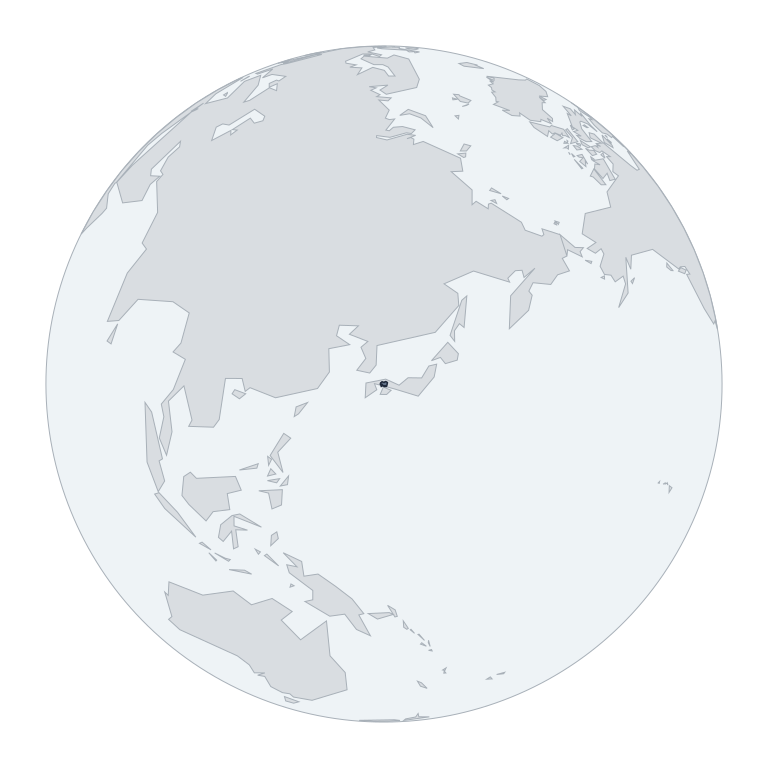 the Earth from above Hiroshima, rotated 27°
{"feature_id": "JPN-1821", "entity_name": "Hiroshima", "entity_type": "Prefecture", "adm_level": 1, "iso_a3": "JPN", "parent_name": "Japan", "parent_adm1": "", "projection": "orthographic", "projection_center": [132.763, 34.576], "detail": "fine", "context": "on_globe", "style": "filled", "palette": "slate", "viewbox_px": 768, "rotation_deg": 27, "n_neighbors": 0, "source": "natural_earth", "source_scale": "10m", "svg_char_len": 13295}
<svg xmlns="http://www.w3.org/2000/svg" viewBox="0 0 768 768"><g transform="rotate(27 384 384)"><circle cx="384" cy="384" r="338" fill="#eef3f6" stroke="#a8b0b8"/><path d="M622.4,586.1L622.2,587.7L621.8,588.1L622.4,586.1ZM650.3,176.0L649.4,175.1L651.9,178.0L656.2,183.8L650.3,177.5L650.5,180.8L635.2,171.5L603.9,148.9L606.6,147.2L598.7,142.7L594.9,145.0L594.3,147.7L562.2,142.1L546.0,156.9L551.8,169.7L541.9,161.3L560.2,192.1L558.4,209.4L553.8,185.1L548.1,179.3L543.6,188.0L536.8,184.0L530.7,186.3L523.1,181.0L520.9,168.3L516.0,164.9L513.0,171.5L503.5,171.0L508.6,161.7L492.4,160.2L485.9,140.7L505.7,123.5L495.5,111.6L498.4,92.1L491.5,90.9L488.3,84.0L479.1,80.4L482.3,78.7L472.3,77.4L471.2,79.8L466.4,80.2L460.9,78.5L464.0,75.7L467.1,76.1L465.2,74.5L469.1,74.0L464.0,73.3L468.4,70.7L456.0,71.0L452.7,67.0L457.8,65.9L467.7,69.1L504.2,77.3L512.4,78.7L514.0,76.8L494.9,65.9L499.6,66.9L498.3,66.0L490.9,63.5L489.3,63.6L475.2,59.7L474.9,61.1L469.1,60.1L464.5,61.1L454.0,58.0L446.2,54.7L449.4,54.0L446.1,52.8L433.9,51.6L431.1,49.5L422.8,48.3L446.8,52.0L470.6,57.4L493.9,64.4L516.6,73.2L538.6,83.5L559.9,95.5L580.2,108.9L599.5,123.7L617.7,139.9L634.7,157.4L650.3,176.0ZM687.2,351.2L684.4,345.1L687.7,345.7L687.2,351.2ZM681.6,343.6L682.8,345.2L681.6,344.3L681.6,343.6ZM680.0,344.5L681.1,343.9L680.1,345.3L680.0,344.5ZM678.1,346.6L679.0,345.1L679.0,345.6L678.1,346.6ZM674.3,347.6L673.2,347.7L673.8,345.7L674.3,347.6ZM595.1,149.8L595.6,145.6L601.5,145.4L601.9,149.2L595.1,149.8ZM582.8,151.4L581.1,147.8L590.0,151.8L588.3,152.6L582.8,151.4ZM557.4,180.3L559.0,175.5L559.8,181.7L557.4,180.3ZM531.3,187.6L532.9,190.4L529.1,190.5L531.3,187.6ZM470.6,62.9L467.7,62.0L470.1,62.3L470.6,62.9ZM471.5,64.4L476.4,65.4L477.5,66.3L474.5,65.7L471.5,64.4ZM513.8,182.7L507.0,182.4L513.5,180.4L513.8,182.7ZM465.2,63.2L478.9,67.8L480.7,69.4L470.7,68.8L465.2,63.2ZM502.9,180.7L486.6,181.0L488.9,186.9L473.1,171.0L492.2,175.6L499.8,172.0L498.6,177.0L502.9,180.7ZM473.2,81.3L474.1,78.7L478.4,82.5L473.2,81.3ZM477.1,83.8L497.0,96.6L492.9,100.2L487.1,94.9L485.8,101.5L473.9,96.8L472.0,92.2L477.0,90.6L468.6,90.2L477.1,83.8ZM466.9,162.7L462.6,161.1L466.7,160.4L466.9,162.7ZM464.8,80.7L469.2,82.7L466.0,85.9L456.5,82.5L460.6,82.5L464.8,80.7ZM491.2,105.7L487.1,107.9L476.4,104.6L473.4,105.1L473.3,97.1L491.2,105.7ZM458.6,80.9L451.9,80.8L448.4,77.9L460.3,79.0L458.6,80.9ZM469.1,88.3L467.1,89.7L465.1,87.7L469.1,88.3ZM432.4,68.7L437.7,70.4L436.5,72.1L432.4,68.7ZM449.6,81.0L450.8,82.0L450.9,83.0L445.9,82.4L449.6,81.0ZM465.7,95.6L462.1,93.9L465.2,98.6L457.3,96.8L458.7,92.0L454.8,93.3L452.4,92.8L456.2,89.5L465.7,95.6ZM441.1,85.1L440.1,79.0L430.5,75.1L431.4,73.3L446.7,80.1L441.1,85.1ZM449.6,87.9L444.5,85.6L448.2,84.3L453.9,85.0L449.6,87.9ZM451.5,97.5L463.2,101.5L462.5,102.5L451.5,97.5ZM437.6,84.1L437.9,85.6L436.5,83.9L437.6,84.1ZM446.4,93.5L450.7,94.7L449.7,95.7L446.4,93.5ZM435.0,87.9L434.7,85.8L438.5,86.1L435.0,87.9ZM439.6,90.7L437.3,91.9L440.1,87.4L441.7,91.0L439.6,90.7ZM444.8,94.3L445.7,95.3L443.2,93.7L444.8,94.3ZM420.4,88.4L423.0,82.8L431.6,83.3L427.9,88.6L420.4,88.4ZM117.0,176.9L116.7,177.3L119.3,174.8L102.4,201.8L97.8,215.1L114.7,200.2L122.3,177.7L134.0,164.9L136.2,174.9L131.1,196.5L135.5,192.3L147.4,172.1L155.1,171.4L152.6,164.9L147.0,171.7L145.3,168.3L150.3,162.0L152.8,161.7L156.8,154.5L143.7,159.0L136.7,166.4L141.9,153.8L130.6,165.3L128.9,165.4L147.2,146.2L152.2,142.4L179.0,118.6L174.2,121.2L148.6,144.3L152.6,139.8L146.0,144.9L154.2,137.5L183.4,113.0L194.0,104.6L193.9,104.6L212.9,92.6L215.1,91.4L232.9,81.9L224.4,86.5L228.9,84.5L221.6,89.1L224.2,90.5L218.7,95.5L232.3,91.8L231.3,94.2L223.6,95.4L215.3,99.5L203.2,113.9L204.5,115.4L214.3,112.3L209.7,117.2L220.8,112.4L219.9,120.4L230.2,107.0L241.9,104.4L248.3,107.5L254.0,104.6L243.7,99.7L237.9,100.0L230.0,104.0L215.9,104.7L217.4,100.9L239.1,92.1L243.5,86.3L258.5,83.2L277.1,96.4L278.5,105.0L254.5,124.8L247.0,123.9L251.8,115.9L235.8,125.8L242.6,123.7L238.9,128.3L249.1,128.0L247.0,131.3L260.5,125.8L259.0,129.9L250.4,133.3L264.3,137.6L264.5,146.5L268.7,146.0L273.2,143.0L270.4,156.9L273.7,156.0L275.8,151.0L283.6,146.2L296.3,143.4L294.7,148.4L289.9,150.0L277.3,161.5L264.7,166.0L265.4,167.8L275.9,165.2L291.2,151.0L299.3,148.1L293.1,155.0L296.0,152.2L299.5,152.3L301.5,157.3L308.8,150.1L349.7,148.1L357.6,158.6L347.5,164.3L374.4,171.1L381.1,184.3L383.1,179.4L397.3,180.6L395.4,176.3L397.4,174.2L433.0,177.5L440.0,182.9L457.6,180.6L458.6,178.3L454.3,174.0L473.1,171.0L488.9,186.9L485.8,191.1L497.9,199.0L489.1,207.9L487.4,219.6L470.8,226.1L470.9,235.5L475.7,237.6L479.4,252.7L470.6,277.9L456.8,247.9L465.9,212.3L460.4,225.5L455.4,220.0L449.6,223.4L446.3,233.5L449.7,236.2L412.5,242.7L392.0,267.5L408.6,269.7L415.0,280.1L406.2,314.7L360.3,352.9L368.4,370.7L366.3,380.7L353.5,384.1L356.2,369.5L346.8,361.7L350.3,353.4L330.6,355.4L334.8,343.8L317.5,351.9L319.8,362.6L335.6,364.5L318.8,377.6L329.9,398.1L326.8,418.2L293.6,445.5L266.3,448.1L263.7,453.6L255.1,443.5L240.2,451.0L253.3,490.5L251.7,499.9L229.2,510.4L229.3,503.3L206.6,476.5L199.7,497.1L216.8,522.8L222.6,546.2L208.3,534.1L202.7,513.1L194.7,503.0L198.8,484.6L195.8,452.2L181.5,451.2L184.5,439.7L178.2,409.1L158.6,406.5L126.4,420.2L118.9,447.8L109.1,453.8L104.9,401.7L111.1,371.6L104.5,368.2L104.4,333.9L89.5,306.8L91.9,297.6L88.1,295.5L88.7,279.8L94.2,265.5L92.5,260.1L79.2,298.2L81.5,304.4L89.8,300.7L85.1,312.3L85.1,330.4L68.9,341.3L54.3,325.5L60.5,303.3L88.8,229.2L92.2,224.9L92.6,224.2L93.5,222.9L88.2,228.8L95.7,215.7L72.3,261.5L65.1,278.5L54.0,326.1L53.1,327.3L51.9,339.7L57.0,353.3L55.4,359.8L48.3,380.1L46.1,388.0L46.7,362.8L49.3,337.8L53.6,312.9L59.9,288.5L67.9,264.6L77.7,241.4L89.1,218.9L102.3,197.4L117.0,176.9ZM117.9,231.3L119.9,245.3L132.5,227.5L134.3,231.7L137.9,224.4L133.4,226.2L144.2,207.8L150.0,210.5L156.6,204.4L156.2,199.5L144.0,197.9L128.4,223.6L122.2,225.5L117.9,231.3ZM260.7,71.3L254.0,74.1L250.5,74.8L257.5,70.9L262.6,69.6L260.7,71.3ZM245.2,78.2L264.9,72.0L261.3,74.9L260.0,74.2L255.6,76.7L252.4,76.4L229.8,86.3L225.3,87.7L240.7,78.3L238.1,80.2L244.8,77.0L245.2,78.2ZM321.2,58.3L329.7,57.7L311.0,64.5L305.3,64.4L311.9,59.9L322.5,57.4L321.2,58.3ZM444.8,62.1L449.3,62.9L448.4,63.5L444.0,63.3L444.8,62.1ZM435.0,69.3L424.5,59.8L429.1,60.0L417.5,55.2L425.0,54.2L432.3,57.1L429.3,53.3L438.9,55.6L435.6,53.1L451.0,59.8L459.4,62.4L447.1,59.8L440.0,60.5L439.5,61.6L444.3,66.9L459.0,73.7L454.3,76.2L447.0,76.3L442.8,75.0L447.2,73.6L438.3,73.0L441.5,70.0L435.0,69.3ZM365.0,86.3L371.9,83.2L354.6,85.2L357.7,80.7L355.5,81.3L353.5,77.9L347.4,75.1L350.3,73.3L346.6,73.0L345.3,71.1L341.3,70.3L345.0,67.0L340.4,65.9L344.8,65.1L335.9,64.1L344.2,63.5L343.3,61.6L335.7,63.2L365.9,51.9L372.1,49.0L372.7,47.4L386.9,47.6L395.5,49.8L399.4,53.7L391.4,57.0L399.3,56.9L397.8,58.7L392.1,58.0L399.9,60.2L397.2,61.6L400.6,67.6L413.5,70.9L415.1,73.6L408.7,73.0L414.8,76.1L403.7,77.0L404.6,79.1L394.6,82.6L381.7,80.9L383.6,83.5L376.1,86.7L365.0,86.3ZM417.3,89.2L401.2,87.3L394.9,84.3L415.0,79.7L415.7,77.7L428.4,75.5L437.2,80.3L432.7,80.4L430.5,81.6L428.6,79.6L428.4,82.2L422.3,82.6L420.5,84.8L415.8,83.5L417.3,89.2ZM154.2,136.4L151.3,139.3L148.0,142.9L143.8,146.6L154.2,136.4ZM168.1,124.0L173.9,119.4L172.1,121.0L164.5,127.1L167.2,124.8L168.1,124.0ZM177.6,117.1L172.6,120.6L177.2,117.1L177.6,117.1ZM222.6,97.0L221.5,98.9L218.8,100.1L216.5,100.3L222.6,97.0ZM314.5,94.2L319.4,92.2L320.7,92.9L332.7,91.9L331.4,95.5L323.7,97.6L314.5,94.2ZM112.3,199.6L109.8,199.3L112.2,195.4L112.5,196.2L112.3,199.6ZM124.6,170.8L118.7,179.5L123.6,171.7L124.6,170.8ZM315.1,98.0L320.2,97.0L316.4,99.5L315.1,98.0ZM331.1,98.3L327.7,101.2L332.7,95.9L331.1,98.3ZM304.5,613.9L314.9,616.9L314.6,618.0L304.5,613.9ZM293.7,607.5L305.2,610.3L291.9,609.7L293.7,607.5ZM309.8,611.4L321.6,611.3L326.7,610.2L326.0,612.5L309.8,611.4ZM285.9,605.9L245.2,594.5L229.6,586.2L232.9,583.0L258.2,592.0L285.9,605.9ZM231.7,582.4L208.3,561.1L179.4,508.9L189.7,514.5L220.6,551.3L218.5,554.6L232.6,570.0L231.7,582.4ZM289.7,575.3L287.6,586.8L264.8,579.9L254.6,575.1L247.6,557.4L251.5,550.5L259.7,553.2L293.6,533.8L305.0,543.4L294.1,552.8L303.6,565.9L289.7,575.3ZM119.4,451.3L122.6,472.2L117.7,471.4L119.4,451.3ZM308.9,516.7L294.2,526.3L308.1,512.1L308.9,516.7ZM318.0,502.1L318.1,508.8L313.2,501.3L318.0,502.1ZM261.9,462.8L253.1,461.7L253.6,456.8L265.2,455.5L261.9,462.8ZM324.3,435.2L321.4,449.4L318.8,453.8L316.1,444.3L324.3,435.2ZM311.4,133.3L296.0,130.2L284.1,131.6L276.1,137.5L280.9,128.3L299.2,126.1L311.4,133.3ZM345.2,145.5L352.1,141.1L353.6,144.5L352.2,146.0L345.2,145.5ZM346.2,141.7L346.4,133.8L353.2,132.4L351.7,138.9L346.2,141.7ZM330.0,114.1L325.6,112.8L328.8,110.6L330.0,114.1ZM545.8,678.4L551.0,676.5L541.7,682.2L528.3,689.2L514.5,695.0L545.8,678.4ZM440.3,711.0L437.2,707.7L452.4,705.8L448.4,709.4L440.3,711.0ZM555.3,672.6L563.4,666.3L564.0,662.1L566.1,664.7L575.5,660.0L554.4,674.7L555.3,672.6ZM376.8,692.8L313.6,695.6L298.9,691.5L300.6,687.5L283.1,668.9L287.7,670.3L282.2,657.9L318.4,654.4L343.6,636.9L366.1,640.9L381.7,625.9L405.5,628.4L399.6,641.0L425.8,649.8L440.3,621.2L459.3,650.7L480.4,658.7L489.9,673.2L463.5,698.5L445.5,704.0L440.7,702.8L433.6,705.1L420.5,705.0L410.5,698.7L403.6,700.8L409.0,695.5L399.6,700.2L391.5,695.4L376.8,692.8ZM548.7,633.6L553.0,633.2L560.6,635.6L553.7,636.7L548.7,633.6ZM611.7,596.7L614.2,597.7L609.5,600.4L611.7,596.7ZM621.8,588.1L616.2,591.7L622.4,586.1L621.8,588.1ZM567.9,612.3L570.3,613.4L568.6,614.5L567.9,612.3ZM566.1,612.2L568.2,608.7L568.3,611.6L566.1,612.2ZM544.6,601.1L546.9,599.0L548.1,600.0L544.6,601.1ZM330.2,619.7L344.3,613.2L352.4,613.5L330.2,619.7ZM540.8,598.4L534.6,599.2L535.1,597.4L540.8,598.4ZM540.9,594.4L540.0,592.1L544.3,596.9L540.9,594.4ZM528.8,591.0L536.5,594.1L528.0,591.7L528.8,591.0ZM524.4,592.3L519.0,591.1L519.4,590.3L524.4,592.3ZM466.4,601.2L486.2,614.5L470.9,615.2L453.5,606.9L441.1,615.5L412.3,613.7L418.5,608.6L414.3,600.3L385.3,595.2L379.4,589.2L389.5,586.4L370.8,580.1L391.2,579.5L399.9,591.6L411.5,583.3L432.4,586.2L453.1,590.0L470.3,597.8L466.4,601.2ZM391.9,604.4L395.5,604.6L392.5,607.7L391.9,604.4ZM508.7,586.3L516.6,590.7L515.7,592.2L512.0,591.8L508.7,586.3ZM474.2,595.7L492.5,585.3L496.9,585.1L484.9,596.4L474.2,595.7ZM487.7,579.6L496.5,580.2L501.3,585.0L499.5,586.6L487.7,579.6ZM350.1,589.7L349.4,592.7L344.2,589.6L350.1,589.7ZM356.8,588.7L372.7,593.9L355.4,591.2L356.8,588.7ZM310.4,570.0L314.8,578.5L328.7,576.2L318.1,581.2L327.9,595.2L324.8,599.2L315.0,584.3L312.2,597.3L306.1,595.8L302.4,583.5L308.3,570.2L314.5,565.3L339.8,567.2L310.4,570.0ZM356.5,579.5L352.4,570.0L355.6,564.4L360.0,569.7L356.5,579.5ZM340.9,546.2L330.7,533.6L320.9,536.0L341.4,524.3L347.6,538.3L340.9,546.2ZM333.2,520.8L324.0,523.0L334.0,515.7L333.2,520.8ZM322.0,518.9L321.6,510.9L328.5,513.3L322.0,518.9ZM337.9,522.0L340.7,509.2L343.7,517.5L337.9,522.0ZM320.3,493.0L334.2,508.7L315.0,499.4L317.1,473.5L325.5,474.6L320.3,493.0ZM385.3,395.0L384.8,387.0L393.2,386.4L391.1,392.1L385.3,395.0ZM420.0,379.3L395.2,383.7L375.3,388.0L380.2,392.4L373.5,404.8L367.5,391.3L383.3,378.9L398.0,378.2L402.6,367.5L414.8,361.5L415.8,347.6L421.9,342.4L425.5,355.0L420.0,379.3ZM415.7,341.7L421.9,317.9L436.5,323.2L438.4,329.5L429.4,338.0L422.2,334.7L415.7,341.7ZM427.6,313.9L420.8,310.7L415.3,274.1L417.8,267.9L429.7,297.3L423.8,296.0L422.6,304.5L427.6,313.9ZM462.7,164.0L462.7,161.4L465.5,163.9L462.7,164.0ZM396.0,171.9L399.2,169.4L402.4,172.0L396.0,171.9ZM409.8,164.1L404.0,162.8L410.8,162.1L409.8,164.1ZM390.8,160.5L402.0,161.3L390.3,163.6L390.8,160.5Z" fill="#d9dde1" stroke="#a8b0b8" stroke-width="1"/><path d="M387.3,384.6L387.2,384.6L387.2,384.8L386.8,385.3L386.7,385.4L386.6,385.5L386.4,385.4L386.5,385.4L386.7,385.2L386.4,385.1L386.5,385.0L386.5,384.9L386.4,384.9L386.3,385.2L386.2,385.3L386.1,385.5L385.9,385.7L385.8,385.8L385.7,385.9L385.5,385.5L385.7,385.4L385.7,385.5L385.8,385.5L385.9,385.3L386.0,385.3L385.9,385.2L385.7,385.1L385.6,385.3L385.4,385.4L385.2,385.5L384.7,385.5L384.4,385.7L384.2,385.7L384.1,385.8L384.1,386.0L383.8,386.0L383.7,386.1L383.3,386.2L383.2,386.1L383.0,386.3L382.9,386.2L383.0,386.1L382.9,386.0L382.8,385.8L382.8,385.7L382.7,385.7L382.8,385.6L382.7,385.5L382.8,385.5L382.8,385.4L382.7,385.3L382.4,385.3L382.3,385.2L382.2,385.2L382.0,385.3L381.8,385.5L381.4,386.0L381.5,386.3L381.4,386.3L381.3,386.2L381.1,386.1L380.9,385.9L380.6,385.3L380.6,384.8L380.5,384.7L380.5,384.4L380.8,384.1L380.9,383.9L380.9,383.7L381.0,383.5L381.0,383.4L381.0,383.2L381.3,383.0L381.4,382.9L381.5,382.8L381.8,382.8L382.0,382.8L382.3,382.8L382.3,382.7L382.5,382.7L382.8,382.7L383.1,382.6L383.5,382.5L383.6,382.4L383.5,382.2L383.4,382.2L383.5,382.1L383.6,381.9L383.8,381.8L383.9,381.7L384.2,381.3L384.3,381.2L384.5,381.0L384.8,381.1L385.1,381.0L385.3,381.1L385.6,381.1L385.8,381.1L386.3,381.1L386.6,381.5L386.6,381.9L386.6,382.0L386.7,382.3L386.9,382.7L386.9,382.8L386.9,383.0L387.0,383.3L387.1,383.6L387.1,383.8L387.1,384.0L387.3,384.3L387.3,384.5L387.3,384.6ZM383.0,387.0L382.9,386.9L382.6,386.9L382.7,386.7L382.8,386.6L382.7,386.5L382.7,386.4L382.8,386.4L383.0,386.4L382.9,386.5L383.0,386.6L383.0,386.8L383.1,386.7L383.1,386.8L383.0,387.0ZM384.8,385.8L384.8,385.7L384.8,385.8L384.8,386.0L384.7,386.1L384.4,386.1L384.5,385.9L384.8,385.8ZM381.9,385.6L382.0,385.6L381.9,385.8L381.7,386.0L381.6,385.9L381.7,385.7L381.8,385.6L381.9,385.6ZM383.9,386.2L384.0,386.3L383.9,386.4L383.9,386.5L383.9,386.4L383.7,386.3L383.7,386.2L383.8,386.2L383.9,386.2Z" fill="#64748b" stroke="#1e293b" stroke-width="1.5"/></g></svg>